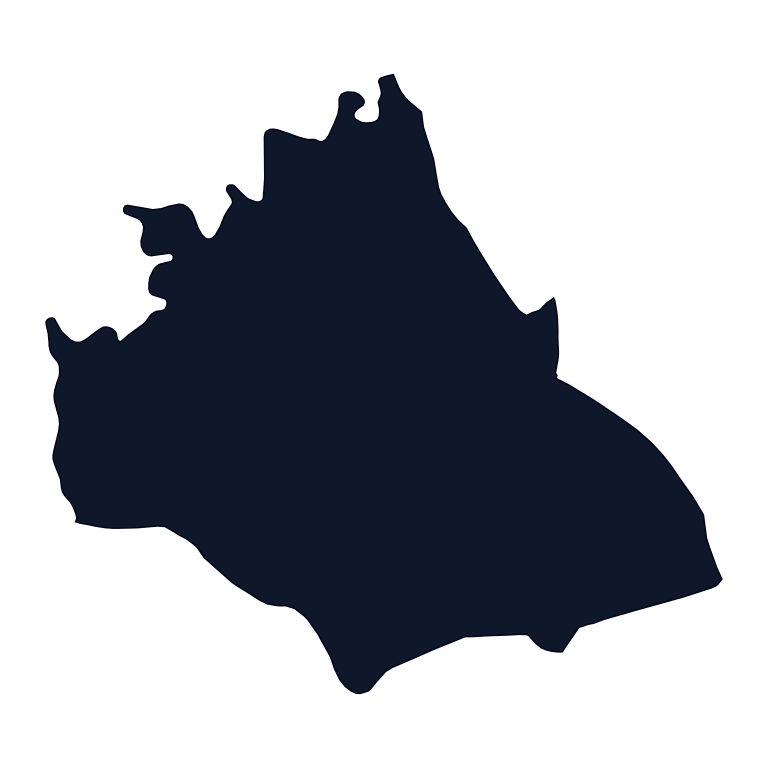 Bueng Bun, Si Sa Ket, Thailand (Robinson projection)
{"feature_id": "78962969B82208254096141", "entity_name": "Bueng Bun", "entity_type": "district", "adm_level": 2, "iso_a3": "THA", "parent_name": "Thailand", "parent_adm1": "Si Sa Ket", "projection": "robinson", "projection_center": [104.049, 15.308], "detail": "fine", "context": "isolated", "style": "filled", "palette": "ink", "viewbox_px": 768, "rotation_deg": 0, "n_neighbors": 0, "source": "geoboundaries", "source_scale": "gbopen_adm2", "svg_char_len": 5879}
<svg xmlns="http://www.w3.org/2000/svg" viewBox="0 0 768 768"><path d="M721.9,579.1L716.7,567.8L710.2,549.7L709.3,547.2L706.5,538.4L703.4,514.9L693.0,497.3L679.6,478.4L671.6,466.6L662.3,454.7L651.3,442.8L637.7,430.7L621.4,418.8L593.8,400.2L568.3,384.7L558.1,379.5L555.9,378.2L556.0,377.7L556.2,377.2L556.6,376.4L556.7,376.1L556.8,375.9L556.8,375.5L556.8,375.3L556.7,374.9L555.8,374.0L555.6,373.7L555.6,372.1L555.8,371.0L556.1,369.1L556.2,368.7L556.6,366.2L556.9,364.5L557.7,360.7L558.1,357.0L558.4,354.1L558.3,350.1L557.8,340.3L557.8,330.7L557.4,318.9L556.7,311.8L555.8,306.8L555.8,306.5L554.8,301.0L554.3,299.7L553.7,298.1L552.0,299.3L548.8,301.5L547.2,302.6L544.0,305.7L541.5,308.4L540.1,309.8L539.6,310.4L538.0,310.8L536.0,311.5L534.1,312.1L531.7,312.9L527.8,314.9L526.4,315.4L522.0,312.8L519.2,310.7L515.0,305.5L507.3,294.9L494.1,275.5L481.8,255.7L473.1,241.0L466.1,228.0L462.7,224.9L457.4,219.8L451.0,211.9L445.6,203.5L440.8,194.6L438.5,187.9L436.7,178.4L433.6,159.6L430.7,150.1L426.9,138.7L424.7,131.4L423.3,127.0L421.4,112.0L408.3,101.0L404.6,96.8L401.0,92.1L398.5,87.3L393.3,74.6L391.5,75.0L390.1,75.3L386.3,76.2L382.5,77.5L381.1,77.9L379.9,78.8L379.3,79.7L379.1,80.0L378.9,80.7L378.8,82.4L379.8,85.2L381.1,90.1L381.3,91.5L381.5,93.0L380.9,95.9L380.9,96.3L379.7,99.0L379.3,100.0L378.6,101.4L378.4,102.9L379.8,109.4L379.7,112.9L379.5,114.7L379.3,116.4L378.1,119.2L377.0,120.5L376.9,120.5L374.4,121.9L372.1,122.6L366.3,123.1L364.3,122.8L363.9,122.8L362.0,122.5L361.4,122.4L360.7,122.1L358.1,120.7L355.6,119.2L354.3,117.7L354.1,116.9L354.0,116.7L354.0,116.3L353.9,115.0L353.9,114.4L354.2,113.1L354.8,111.9L356.8,109.6L358.0,108.7L363.3,104.9L364.1,102.7L364.1,100.5L362.4,97.7L358.9,94.4L354.4,92.4L351.1,92.2L347.7,92.0L344.6,92.7L341.5,94.3L341.3,94.6L340.9,95.2L340.5,95.8L340.2,96.3L339.9,96.9L339.7,97.5L339.4,98.1L339.2,98.8L339.1,99.3L339.1,99.9L339.2,107.2L338.0,114.0L337.6,115.0L334.4,123.2L330.8,131.0L328.6,135.7L325.7,139.6L323.2,141.3L321.8,141.8L320.8,141.8L319.1,141.4L316.5,140.2L315.8,139.9L314.4,139.5L311.4,139.5L307.6,139.6L298.9,137.3L286.5,132.8L276.9,129.7L272.8,129.2L270.1,129.4L267.3,130.7L266.1,131.8L265.2,133.1L264.9,134.5L264.4,136.8L264.7,171.7L264.8,177.9L263.9,191.0L263.7,192.5L263.4,196.7L263.0,199.3L261.8,200.7L259.0,202.0L255.8,201.9L248.2,199.1L244.3,195.8L242.0,193.7L236.7,188.3L234.7,186.1L234.4,185.9L233.5,185.5L232.5,185.0L231.5,185.0L229.9,185.1L229.4,185.1L227.9,185.9L227.3,186.7L227.0,187.7L226.7,189.1L226.9,191.0L231.9,199.1L232.1,199.7L232.6,202.1L232.3,203.9L230.3,206.7L230.1,207.1L228.1,209.9L224.4,216.2L220.6,225.8L220.5,226.2L219.5,228.0L216.5,233.3L215.5,235.2L212.3,238.0L211.9,238.2L209.8,239.0L207.2,239.0L205.2,238.0L202.2,235.2L201.8,234.5L200.9,233.0L198.3,228.5L198.2,228.4L197.4,226.3L193.7,216.1L193.3,215.3L192.4,213.4L191.6,211.8L187.5,207.3L183.0,204.7L180.2,204.3L179.1,204.2L168.9,206.3L162.5,208.4L161.2,208.8L152.7,209.8L148.3,209.0L147.3,208.8L138.8,207.3L136.8,207.0L129.3,205.7L127.5,205.4L127.3,205.4L125.1,206.0L124.9,206.3L123.9,208.0L123.7,209.7L123.8,211.3L124.8,213.0L127.1,214.2L137.4,218.2L140.4,220.1L142.5,223.2L143.8,227.1L143.7,228.8L143.6,229.1L143.5,230.9L141.1,241.0L141.0,241.4L141.5,246.5L143.9,251.6L146.3,254.0L148.3,255.1L151.1,255.7L163.4,254.0L167.6,253.4L168.3,253.3L169.1,253.4L170.0,253.5L170.7,253.6L172.4,254.7L173.1,255.5L173.2,256.3L173.3,256.7L173.2,259.1L172.4,260.6L170.5,261.7L170.1,261.8L167.1,262.4L163.6,263.3L161.3,263.8L160.7,264.0L158.6,264.8L156.1,266.8L154.5,268.5L154.0,269.1L153.5,269.8L149.9,277.5L149.0,283.2L148.9,289.0L150.0,292.7L152.3,294.7L155.3,295.7L164.8,298.7L166.5,300.3L167.1,302.0L167.0,304.6L166.4,306.4L166.0,307.2L165.0,309.2L164.1,309.9L160.7,310.9L157.0,311.3L154.3,312.3L151.7,314.1L150.7,315.1L149.8,316.2L146.5,320.9L143.5,324.1L129.7,334.1L128.9,334.7L122.2,340.6L121.7,341.1L120.3,341.7L120.1,341.6L119.2,341.4L118.3,340.8L117.2,338.9L116.6,335.3L116.2,333.2L115.0,331.4L112.6,329.2L109.1,327.5L105.5,327.0L103.2,327.3L99.0,329.7L96.8,331.3L91.0,335.7L86.4,339.2L81.3,341.9L79.5,342.4L76.8,342.3L74.6,342.1L70.3,339.9L69.4,339.1L62.2,332.2L61.7,331.7L59.0,327.2L54.7,319.5L54.3,318.9L53.5,318.3L52.7,318.0L51.7,318.0L49.9,318.3L47.7,319.4L47.5,319.6L47.1,320.0L46.3,321.3L46.1,322.5L46.3,324.9L48.4,334.0L49.1,342.0L49.2,345.7L50.5,351.7L52.3,355.0L54.3,357.7L57.4,361.6L58.7,363.5L59.1,365.1L59.6,367.4L59.6,369.3L59.6,373.9L59.2,376.5L59.0,376.9L57.2,381.9L56.8,383.2L55.0,389.6L54.9,389.9L54.1,395.8L54.6,401.5L56.4,407.9L56.8,409.6L59.0,417.3L59.7,423.8L58.8,431.0L54.0,450.5L53.1,455.9L53.2,459.2L54.7,464.3L60.5,478.9L60.6,479.4L61.5,487.3L62.0,489.3L62.6,492.0L64.7,495.5L70.5,502.1L73.1,506.5L75.9,513.7L76.6,516.5L76.7,517.9L76.7,519.0L76.0,521.1L75.6,521.7L80.1,523.1L88.7,524.6L95.5,526.1L105.3,527.6L113.5,528.2L125.6,528.0L137.4,527.7L150.1,526.6L157.3,526.0L164.9,526.5L171.3,530.1L174.6,532.1L178.1,534.4L181.4,536.2L183.7,537.4L186.1,538.6L192.6,543.3L197.3,547.5L202.3,554.8L204.3,557.7L210.9,563.6L232.0,582.3L237.9,586.3L248.1,592.6L259.6,600.0L267.1,603.8L276.0,605.4L278.7,605.6L281.5,605.8L282.3,605.7L283.1,605.7L285.6,605.7L289.1,606.7L294.7,608.4L298.9,611.8L304.0,615.7L307.7,619.4L311.5,624.8L318.1,634.3L322.4,642.2L327.7,651.6L330.8,657.5L334.5,668.7L340.2,680.2L345.1,686.2L351.1,690.9L356.3,693.3L356.8,693.3L360.5,693.4L368.1,691.0L370.3,689.1L374.6,684.0L376.1,682.1L381.2,676.4L385.4,671.6L392.0,667.5L401.3,663.5L434.8,648.9L465.1,636.6L471.3,636.6L489.2,635.6L506.8,635.0L520.1,634.3L525.8,634.5L527.6,634.7L528.3,635.3L529.1,635.9L530.1,637.1L535.7,643.2L541.2,647.7L546.4,649.9L551.8,651.2L558.0,651.9L561.3,651.9L562.4,651.7L563.1,650.7L565.0,647.4L571.3,638.4L578.6,627.7L579.6,627.0L582.7,626.2L587.3,624.5L593.9,623.1L603.4,619.5L633.9,610.7L684.1,596.7L705.9,589.6L711.8,587.7L713.4,586.9L716.3,585.5L718.3,583.7L721.9,579.1Z" fill="#0f172a" stroke="#020617" stroke-width="1.5"/></svg>